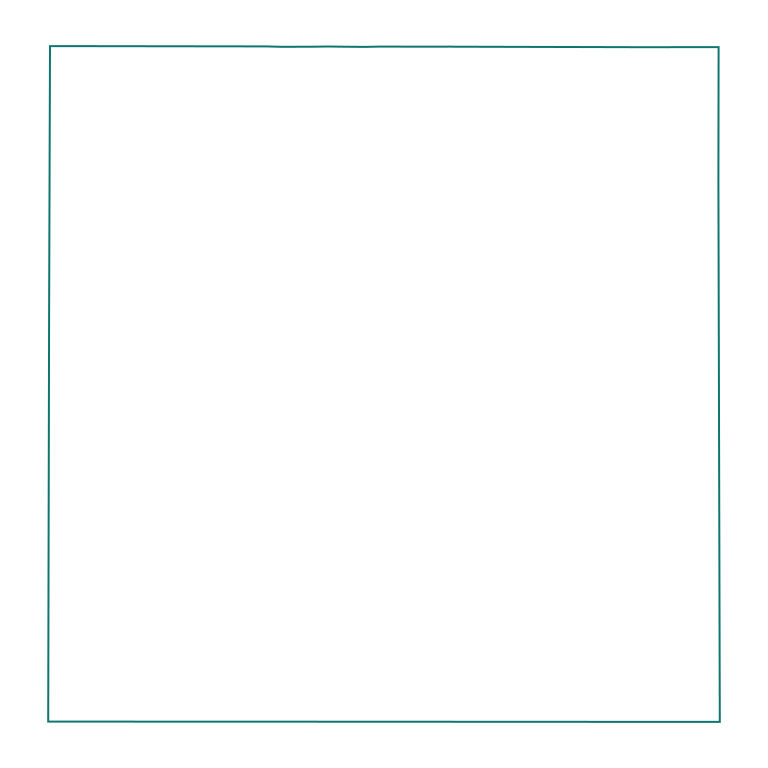 the district of Marshall, Kansas, United States of America
{"feature_id": "52423323B90330569397627", "entity_name": "Marshall", "entity_type": "district", "adm_level": 2, "iso_a3": "USA", "parent_name": "United States of America", "parent_adm1": "Kansas", "projection": "equal_earth", "projection_center": [-96.532, 39.784], "detail": "fine", "context": "isolated", "style": "outline", "palette": "teal", "viewbox_px": 768, "rotation_deg": 0, "n_neighbors": 0, "source": "geoboundaries", "source_scale": "gbopen_adm2", "svg_char_len": 383}
<svg xmlns="http://www.w3.org/2000/svg" viewBox="0 0 768 768"><path d="M48.2,721.6L314.5,721.7L315.8,721.7L719.8,721.9L718.4,181.0L718.6,47.1L645.6,47.2L641.5,47.2L453.7,46.7L449.1,46.6L446.3,46.7L378.8,46.6L364.8,46.9L342.5,46.7L327.2,46.5L315.4,46.7L314.3,46.7L287.1,46.8L280.6,46.8L266.4,46.4L50.0,46.1L49.1,315.8L48.2,721.6Z" fill="none" stroke="#0f766e" stroke-width="2"/></svg>